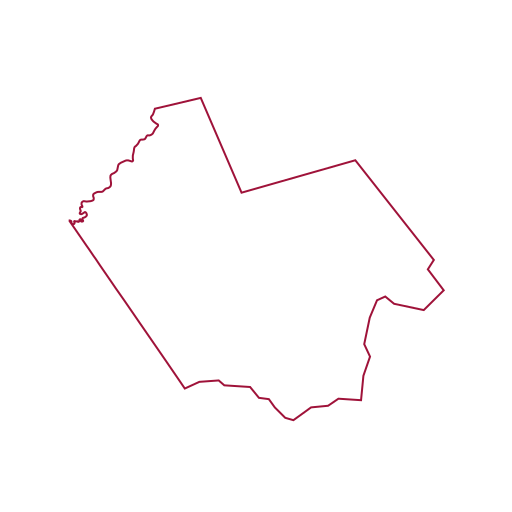 Chuy, Rocha, Uruguay (Mercator projection), rotated 232°
{"feature_id": "84410073B59552855660776", "entity_name": "Chuy", "entity_type": "district", "adm_level": 2, "iso_a3": "URY", "parent_name": "Uruguay", "parent_adm1": "Rocha", "projection": "mercator", "projection_center": [-53.451, -33.738], "detail": "fine", "context": "isolated", "style": "outline", "palette": "rose", "viewbox_px": 512, "rotation_deg": 232, "n_neighbors": 0, "source": "geoboundaries", "source_scale": "gbopen_adm2", "svg_char_len": 3150}
<svg xmlns="http://www.w3.org/2000/svg" viewBox="0 0 512 512"><g transform="rotate(232 256 256)"><path d="M195.4,118.3L191.7,133.9L180.9,150.0L173.6,151.4L156.4,170.7L142.4,171.0L135.3,178.0L125.1,177.6L110.5,179.4L103.6,184.4L102.8,206.2L93.6,220.6L92.8,233.1L77.7,250.0L95.5,266.9L106.5,283.9L119.9,287.0L137.4,307.7L146.6,324.1L144.5,332.9L133.3,335.4L110.1,354.9L113.4,382.8L139.7,383.2L143.4,393.7L270.3,393.2L314.8,283.6L414.6,309.8L434.3,267.0L432.6,264.6L430.9,261.8L430.8,261.3L430.5,259.8L430.3,259.2L429.9,258.6L428.9,258.1L428.2,257.9L426.4,257.9L425.2,258.0L424.0,258.3L421.9,258.9L420.7,259.4L420.3,259.6L419.9,259.6L419.6,259.5L419.3,259.3L419.0,259.0L418.8,258.6L418.7,257.8L418.3,255.6L418.1,254.8L417.7,253.8L417.4,253.0L416.5,251.1L416.1,250.2L416.0,249.7L416.0,249.1L416.0,248.4L416.1,247.9L416.3,247.0L416.6,246.4L416.8,246.0L417.1,245.7L417.5,245.3L417.8,244.9L417.9,244.4L417.8,243.6L416.8,241.3L416.6,240.4L416.8,239.6L417.6,238.2L418.4,237.2L418.6,236.7L418.7,235.9L418.5,235.2L417.1,232.1L416.6,229.1L416.7,228.3L416.6,227.5L415.9,226.3L414.1,224.5L413.2,223.5L411.0,220.8L408.9,219.1L407.0,218.0L406.8,217.7L406.7,217.3L406.7,216.9L406.8,216.5L407.4,216.0L408.6,215.2L410.1,214.1L411.1,212.8L411.5,211.8L412.7,206.9L412.8,204.4L412.6,203.8L412.0,202.9L409.2,199.6L408.9,198.9L408.7,198.0L408.7,195.5L409.3,193.0L409.2,191.6L408.8,190.7L407.5,189.5L404.5,187.7L402.9,186.8L402.0,186.1L401.1,185.2L400.6,184.4L400.4,183.5L400.4,182.6L400.5,181.5L401.4,179.7L401.6,178.8L401.5,177.8L401.2,175.2L401.3,174.5L401.7,173.7L403.9,170.8L404.4,169.5L404.7,168.0L404.9,166.7L404.8,165.9L404.5,165.4L403.6,164.6L402.9,164.3L402.3,164.1L401.7,163.9L400.8,163.2L400.4,162.7L400.2,162.2L400.4,161.1L401.0,159.5L403.2,156.0L404.5,154.8L405.3,154.0L405.5,153.4L405.6,152.7L405.5,151.8L405.2,151.2L404.6,150.7L403.9,150.2L402.1,149.8L401.8,149.6L401.6,149.4L401.6,149.0L401.9,148.7L402.4,148.3L402.5,147.8L402.5,147.4L402.1,146.8L401.7,146.5L400.9,146.1L399.6,145.7L399.1,145.3L398.5,143.8L398.2,143.4L397.9,143.3L397.5,143.3L397.2,143.4L396.9,143.8L396.5,144.1L396.3,144.6L396.2,145.3L396.1,146.5L396.0,148.0L395.9,148.3L395.4,148.6L394.9,148.7L394.4,148.7L393.9,148.6L393.3,148.4L392.6,148.1L392.2,147.7L391.9,147.0L391.8,146.0L391.9,144.9L392.2,143.9L392.5,143.3L392.6,142.8L392.4,142.4L392.0,141.9L391.4,141.7L390.9,141.6L390.5,141.6L390.3,141.5L390.0,141.3L389.9,140.8L390.1,140.3L390.3,140.0L390.7,139.6L391.0,139.5L391.4,139.5L391.7,139.8L392.1,140.1L392.6,140.3L392.9,140.3L393.2,140.1L393.3,139.7L393.2,139.2L392.9,138.7L392.5,138.4L392.2,138.0L392.1,137.5L392.3,137.0L392.8,136.6L393.3,136.6L393.7,136.0L394.1,135.3L394.7,134.9L395.1,134.7L395.3,134.3L395.2,134.0L394.9,133.8L394.2,133.5L393.7,133.3L393.4,132.9L393.3,132.6L393.3,132.2L393.5,131.7L394.0,131.2L394.4,131.0L394.8,130.9L395.2,130.9L395.6,131.0L396.0,131.1L396.6,131.6L397.0,131.8L397.5,131.8L398.0,131.6L398.7,131.0L398.3,130.6L380.2,129.5L368.7,128.8L364.5,128.6L361.6,128.4L358.6,128.2L355.7,128.0L352.7,127.9L344.6,127.3L323.1,126.0L317.0,125.6L301.4,124.8L275.4,123.2L229.9,120.5L204.5,118.9L195.4,118.3Z" fill="none" stroke="#9f1239" stroke-width="2"/></g></svg>